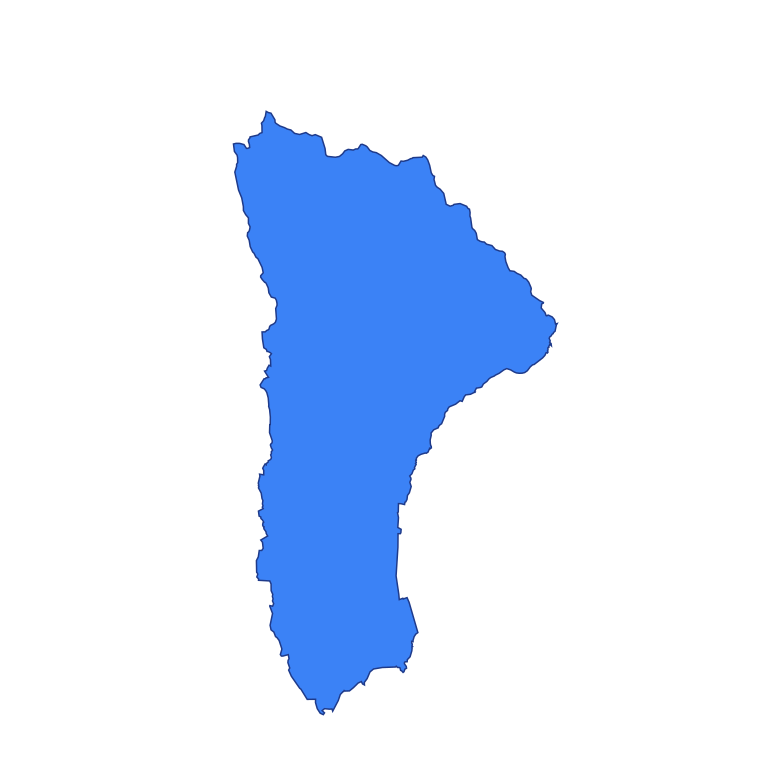 Negresti-Oas, Satu Mare, Romania, rotated 252°
{"feature_id": "2599482B36847212141623", "entity_name": "Negresti-Oas", "entity_type": "district", "adm_level": 2, "iso_a3": "ROU", "parent_name": "Romania", "parent_adm1": "Satu Mare", "projection": "equal_earth", "projection_center": [23.479, 47.842], "detail": "fine", "context": "isolated", "style": "filled", "palette": "blue", "viewbox_px": 768, "rotation_deg": 252, "n_neighbors": 0, "source": "geoboundaries", "source_scale": "gbopen_adm2", "svg_char_len": 6161}
<svg xmlns="http://www.w3.org/2000/svg" viewBox="0 0 768 768"><g transform="rotate(252 384 384)"><path d="M278.1,225.8L275.4,226.4L273.7,218.6L271.0,219.5L265.0,218.3L263.5,216.3L264.2,213.9L258.4,211.0L255.5,208.1L244.3,204.7L243.0,205.2L241.8,205.0L239.8,203.4L237.3,204.5L236.1,204.0L232.0,214.5L228.7,214.8L222.3,212.8L218.3,213.2L216.5,212.2L213.9,212.1L212.2,210.9L209.2,211.2L207.1,209.4L208.5,207.0L208.0,206.7L200.2,207.1L189.7,201.1L185.1,200.6L182.1,202.6L177.3,202.8L175.8,203.9L172.5,205.0L163.9,205.0L163.0,204.7L158.7,201.8L157.0,202.3L156.5,203.7L156.2,209.3L152.1,208.8L150.8,207.4L148.7,206.5L143.0,206.6L141.4,204.9L134.6,205.6L120.7,209.8L119.4,210.7L107.8,213.5L105.3,221.5L102.2,220.4L95.8,220.2L90.6,221.6L88.3,224.1L89.6,225.8L92.5,224.2L93.6,227.1L91.6,231.7L91.0,234.1L88.7,234.1L97.1,242.7L102.2,246.5L104.0,249.8L104.0,250.7L104.8,251.4L104.0,252.1L102.8,256.3L104.6,261.0L107.6,267.0L108.0,270.5L105.4,270.9L103.8,272.4L106.2,273.0L109.0,276.9L114.5,281.7L116.2,286.0L114.9,294.8L111.3,307.5L111.8,308.4L110.3,309.2L109.6,311.0L109.0,311.5L106.5,311.3L105.8,312.1L103.8,313.0L104.2,314.1L106.3,315.7L106.7,317.6L108.6,317.9L111.5,317.0L112.5,317.2L113.3,318.2L112.7,320.2L114.6,321.0L116.5,324.5L121.6,328.0L124.1,329.1L125.2,329.2L125.4,330.1L126.6,329.8L127.9,330.6L128.8,330.2L130.7,330.8L130.0,332.0L131.2,332.4L134.4,334.6L136.3,336.9L137.1,339.4L168.6,340.4L173.7,339.9L173.6,335.8L174.4,335.7L174.2,331.9L179.5,333.1L197.8,336.2L224.5,346.8L237.3,351.1L236.6,353.3L237.4,354.1L240.5,355.4L243.3,352.8L252.5,356.5L257.5,357.1L257.8,358.0L265.8,360.8L265.0,363.0L263.0,366.3L265.1,367.4L265.2,368.3L267.1,370.2L270.8,371.9L272.7,374.5L278.1,378.2L282.6,378.2L284.8,380.1L286.2,380.5L288.6,380.0L290.0,382.8L293.1,385.3L293.8,387.1L295.2,387.2L297.6,389.7L298.7,389.4L299.2,390.4L301.1,390.4L301.4,391.1L302.0,390.9L302.3,391.5L303.5,391.9L305.2,394.4L305.7,397.5L305.6,401.9L305.1,402.8L305.6,404.8L308.0,406.9L307.9,407.3L308.8,407.6L308.3,408.4L308.6,409.3L310.2,409.7L311.0,409.4L313.2,409.7L316.5,410.6L320.5,413.0L322.8,413.6L325.1,417.1L325.6,422.1L326.8,422.8L327.9,424.7L328.4,426.5L334.5,431.7L336.5,432.3L338.1,433.5L339.2,436.2L340.8,437.1L342.1,439.0L342.7,445.9L344.6,451.1L343.3,453.0L347.1,456.4L348.4,458.3L347.5,463.1L348.1,467.3L347.9,467.9L348.3,468.4L348.9,467.9L351.5,470.6L350.9,474.7L351.0,476.1L353.3,478.5L354.7,482.7L356.4,485.3L357.2,487.6L357.5,491.4L358.0,492.7L358.6,496.9L360.4,502.4L360.7,505.5L358.3,508.8L355.1,511.6L353.6,513.4L352.4,516.0L351.6,518.8L351.4,521.3L352.3,524.4L355.1,528.4L356.3,531.2L356.2,532.9L359.8,542.9L361.5,545.9L363.6,547.8L363.6,548.4L363.0,548.9L363.6,549.8L365.1,549.8L365.7,550.5L367.4,550.9L368.0,551.4L367.9,552.1L368.7,552.3L370.6,554.0L368.7,555.0L370.9,555.4L372.5,554.4L373.6,555.4L376.4,555.2L377.7,556.4L378.0,557.7L379.5,559.4L379.6,560.4L380.6,561.2L381.3,563.0L386.8,566.1L388.0,567.4L388.1,565.7L392.6,566.0L395.8,564.7L398.7,561.6L398.8,560.8L398.5,560.0L399.0,559.3L402.2,559.2L407.7,557.0L411.4,558.7L411.7,560.5L412.3,560.8L415.2,557.8L422.8,552.0L426.4,552.0L429.1,553.5L430.5,553.6L436.0,553.1L439.1,552.0L440.3,551.3L441.2,549.8L445.3,547.8L448.1,544.7L450.9,542.6L452.8,538.7L456.3,538.0L462.8,537.7L467.7,538.4L469.9,539.5L471.6,539.2L473.6,537.7L474.7,535.1L477.5,531.5L482.3,529.4L485.3,524.7L488.0,523.3L488.8,521.4L490.1,519.5L492.5,517.4L498.8,518.3L502.0,517.7L504.3,516.3L505.7,516.0L515.2,517.7L517.2,517.6L520.6,518.9L523.9,519.3L525.0,518.1L527.5,517.5L532.1,512.1L533.2,506.1L532.6,504.9L532.7,501.8L535.7,498.7L546.8,499.7L551.9,497.6L554.7,495.4L557.0,494.4L563.2,494.8L565.9,496.2L567.2,494.9L570.2,494.2L578.0,495.0L583.6,494.8L586.9,493.9L589.2,491.9L587.9,490.4L590.3,481.5L589.9,480.5L590.1,479.0L589.5,475.7L589.8,471.2L590.8,469.1L587.5,465.2L587.7,463.4L588.5,461.8L592.9,457.5L602.1,452.1L606.4,448.2L608.2,445.0L610.5,442.7L614.7,441.3L616.2,440.3L618.7,437.4L618.9,435.9L616.0,432.4L615.7,431.6L616.3,429.7L616.0,427.1L618.2,422.4L617.8,418.7L615.7,415.8L614.2,411.9L614.7,407.8L618.0,400.5L620.1,399.5L626.2,400.7L637.9,400.9L642.4,395.7L642.4,392.3L644.3,389.9L647.3,387.4L647.4,380.8L650.0,376.4L654.3,374.0L656.3,370.9L658.5,368.7L661.6,364.7L665.4,361.7L666.6,361.3L669.0,361.9L676.5,360.2L677.9,357.9L679.7,356.2L674.9,353.7L674.5,353.0L671.6,350.9L669.9,348.0L667.6,347.8L660.8,345.7L660.7,343.3L659.7,341.2L660.4,333.0L659.4,332.4L658.1,330.6L656.5,330.0L653.4,330.0L650.4,329.3L650.2,327.3L650.6,326.0L655.0,324.8L657.4,321.2L658.6,317.6L658.8,315.0L651.4,313.6L647.0,315.0L644.5,314.7L639.7,313.2L638.5,311.7L636.6,311.1L631.6,307.6L613.4,305.6L604.9,306.2L596.3,305.1L592.4,303.9L587.8,304.8L583.9,306.4L578.7,304.7L575.0,305.2L574.0,304.8L571.6,303.4L570.5,302.2L570.1,301.1L567.0,299.7L562.4,300.2L555.9,299.2L550.2,299.9L548.5,300.8L544.2,301.4L542.1,302.8L532.5,304.1L527.1,303.5L525.1,300.2L523.8,299.7L520.9,300.5L517.5,302.0L517.2,302.7L515.5,303.1L511.2,303.6L506.3,302.7L501.5,303.7L499.3,307.0L497.0,307.5L494.0,307.2L491.9,306.6L489.2,304.3L479.0,301.8L476.2,299.7L475.3,297.7L474.8,294.2L474.0,293.0L471.9,291.7L471.3,290.6L471.2,289.1L470.3,287.1L471.2,284.1L464.4,282.3L455.6,280.9L453.2,282.8L451.1,282.8L450.7,283.8L448.9,285.6L447.6,286.3L445.4,283.4L442.4,283.6L436.1,281.8L437.4,280.5L435.0,277.8L433.1,276.5L433.2,274.4L426.0,276.2L426.3,273.7L425.7,272.7L426.0,271.5L421.4,265.9L418.8,266.0L416.3,268.7L414.1,269.5L412.0,269.9L406.6,269.6L399.5,267.9L398.5,267.4L395.0,267.3L387.7,265.7L380.6,263.3L380.7,262.8L373.1,260.1L364.5,260.2L362.7,259.4L361.9,257.8L361.1,257.1L358.0,257.1L355.6,257.6L354.3,255.8L352.9,255.6L351.6,254.3L349.2,254.3L347.8,253.6L346.9,251.7L346.8,250.2L345.5,249.7L344.7,247.3L343.6,247.0L344.6,246.1L342.2,243.4L341.3,242.6L338.9,242.9L334.8,241.5L336.7,237.8L334.7,237.5L328.6,233.8L326.6,233.6L326.1,233.1L325.1,233.3L324.0,232.5L318.2,233.5L312.8,232.6L310.6,232.8L307.5,231.3L305.5,231.3L304.5,230.2L302.8,230.6L301.9,225.3L296.9,224.4L295.7,225.7L294.0,225.4L292.5,226.3L290.0,226.9L289.6,226.8L289.4,226.0L287.4,225.0L285.8,225.1L285.1,225.8L284.4,225.2L283.1,225.1L280.0,226.1L278.1,225.8Z" fill="#3b82f6" stroke="#1e3a8a" stroke-width="1.5"/></g></svg>